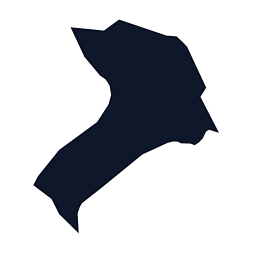 the border of Ptuj, rotated 274°
{"feature_id": "SVN-216", "entity_name": "Ptuj", "entity_type": "Municipality", "adm_level": 1, "iso_a3": "SVN", "parent_name": "Slovenia", "parent_adm1": "", "projection": "natural_earth1", "projection_center": [15.87, 46.441], "detail": "fine", "context": "isolated", "style": "filled", "palette": "ink", "viewbox_px": 256, "rotation_deg": 274, "n_neighbors": 0, "source": "natural_earth", "source_scale": "10m", "svg_char_len": 614}
<svg xmlns="http://www.w3.org/2000/svg" viewBox="0 0 256 256"><g transform="rotate(274 128 128)"><path d="M64.6,38.5L73.4,42.3L100.8,61.4L131.3,97.4L149.8,107.6L159.8,109.7L169.3,107.4L175.4,102.9L179.1,96.8L196.5,80.1L223.7,65.0L222.7,97.4L234.7,111.7L222.1,159.8L222.0,169.8L217.3,175.6L212.7,180.7L173.7,202.3L164.1,197.2L130.7,217.5L132.8,208.7L130.5,205.6L123.2,202.6L119.4,199.5L116.3,195.6L117.6,191.5L117.2,181.9L118.6,178.9L118.6,174.5L116.8,168.5L103.3,143.8L67.5,105.7L50.3,86.7L46.3,84.8L39.5,82.9L21.3,85.2L37.8,65.9L52.4,57.3L64.6,38.5Z" fill="#0f172a" stroke="#020617" stroke-width="1.5"/></g></svg>